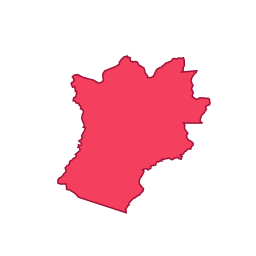 outline of Lagoa do Tocantins, Tocantins, Brazil, rotated 60°
{"feature_id": "56859067B37733524281013", "entity_name": "Lagoa do Tocantins", "entity_type": "district", "adm_level": 2, "iso_a3": "BRA", "parent_name": "Brazil", "parent_adm1": "Tocantins", "projection": "natural_earth1", "projection_center": [-47.496, -10.345], "detail": "fine", "context": "isolated", "style": "filled", "palette": "rose", "viewbox_px": 256, "rotation_deg": 60, "n_neighbors": 0, "source": "geoboundaries", "source_scale": "gbopen_adm2", "svg_char_len": 3494}
<svg xmlns="http://www.w3.org/2000/svg" viewBox="0 0 256 256"><g transform="rotate(60 128 128)"><path d="M200.5,171.9L198.4,171.0L197.2,170.7L196.3,168.9L195.3,167.3L195.3,165.7L193.6,165.1L193.2,163.7L192.5,161.7L191.7,158.7L192.0,156.2L191.4,154.2L191.9,152.0L190.6,148.7L190.4,146.9L188.2,144.8L186.9,145.5L185.3,145.5L184.0,145.8L182.3,145.9L180.5,145.5L178.9,144.1L177.5,142.9L177.0,141.1L175.8,139.0L174.7,137.4L173.5,135.8L171.6,136.4L171.7,134.0L172.8,132.0L174.3,131.7L174.2,130.2L174.3,128.4L172.7,127.5L172.7,125.7L173.4,124.2L173.9,122.7L172.8,121.5L171.6,119.6L172.7,118.3L172.7,116.4L173.5,115.2L171.8,114.4L173.2,113.0L173.3,110.8L174.0,109.7L174.3,108.3L175.5,106.8L177.1,106.3L177.7,104.6L177.3,102.7L177.9,101.4L178.4,99.6L180.1,99.1L181.6,97.6L180.6,96.7L179.9,95.4L178.6,96.1L177.4,96.1L178.1,94.7L177.9,92.5L176.8,91.0L176.9,88.9L176.2,86.9L176.6,85.6L177.6,84.3L176.3,82.8L175.6,81.8L175.5,80.4L174.5,79.5L172.8,79.3L171.0,80.2L169.4,81.0L168.3,81.8L166.8,81.8L165.5,81.7L163.8,81.3L162.7,78.9L160.8,79.0L158.8,79.3L157.6,79.4L156.1,79.0L153.7,77.3L151.4,77.5L161.0,60.9L159.1,62.1L157.7,61.9L156.4,60.8L154.7,58.9L153.5,57.2L153.0,54.5L152.0,52.9L151.0,50.6L149.8,50.7L148.3,50.0L148.1,47.8L148.7,46.0L148.0,44.8L146.0,44.0L143.7,43.1L142.1,43.9L141.3,45.8L139.5,47.8L139.0,49.1L137.7,50.5L137.7,53.3L137.1,54.9L134.9,55.7L132.8,56.6L131.2,55.4L130.4,53.9L128.2,53.4L126.8,54.0L124.8,52.1L123.6,50.3L122.1,50.6L120.8,50.1L119.3,50.1L118.1,49.4L116.7,48.0L115.7,46.3L115.2,45.0L114.4,43.8L114.0,41.2L112.8,39.8L111.7,42.1L106.5,53.4L105.9,51.8L105.0,50.8L103.7,50.4L101.9,47.8L100.9,47.2L99.4,46.6L97.9,45.6L96.0,45.1L94.9,44.9L94.1,47.3L92.7,49.1L92.3,52.0L91.2,52.7L90.5,54.1L90.8,55.5L91.6,56.7L91.6,58.5L91.1,60.0L91.1,61.3L90.7,63.1L91.5,65.8L91.5,67.4L92.2,68.6L91.6,70.5L91.5,73.1L92.3,75.0L94.1,77.5L95.0,78.6L96.0,80.8L95.8,82.7L95.1,84.2L93.8,85.9L92.3,84.9L90.2,85.4L88.8,85.5L86.5,84.9L85.2,84.4L84.0,84.3L82.9,84.9L80.6,85.9L79.3,87.1L77.0,87.0L75.6,87.0L74.5,87.8L73.7,89.3L72.4,91.6L71.0,92.2L69.7,92.1L68.7,90.9L67.2,91.7L66.7,93.0L65.4,92.5L65.0,93.9L64.4,95.7L65.4,99.8L66.2,101.3L66.7,102.7L68.5,103.5L68.6,107.9L66.9,119.7L68.5,122.6L69.5,123.4L71.0,124.0L73.8,125.2L74.8,126.2L75.1,127.8L74.9,129.5L74.1,131.3L71.6,132.6L69.2,134.0L67.5,135.8L65.6,137.8L64.3,139.0L63.1,140.2L62.1,141.4L60.8,142.0L59.2,143.4L57.9,143.9L56.9,144.7L56.1,145.9L55.5,147.4L55.5,149.2L56.0,150.7L58.2,150.4L60.5,151.6L60.5,153.2L60.7,154.7L62.8,155.4L65.0,155.6L65.4,153.4L67.5,154.3L69.0,154.7L70.1,155.4L70.5,154.1L72.1,154.8L73.4,156.4L75.0,157.4L74.6,159.7L76.0,161.2L77.1,161.9L78.4,160.1L79.6,160.5L80.8,160.1L82.0,158.5L84.0,158.8L85.5,158.1L86.6,158.6L87.5,159.5L90.1,157.9L92.0,158.6L92.9,159.7L93.5,160.8L95.2,162.2L96.5,163.3L98.1,163.6L100.5,164.0L103.0,164.2L104.5,165.1L105.0,166.4L106.7,164.9L107.6,165.8L108.8,167.5L109.9,169.4L110.7,170.8L111.5,172.0L112.8,172.5L114.0,172.6L114.6,174.7L114.6,177.0L115.9,176.6L117.2,176.2L118.4,176.1L119.4,176.9L119.1,178.2L117.7,179.3L119.0,179.8L119.7,181.0L120.6,180.0L122.5,180.2L123.6,181.2L124.0,183.8L124.6,186.9L126.6,186.6L127.4,188.4L126.9,190.1L127.8,192.6L127.7,195.0L130.3,197.4L130.2,199.6L131.1,202.4L134.7,203.1L135.7,206.7L137.0,209.4L137.1,211.3L137.1,213.5L138.7,215.3L140.9,216.2L143.2,214.0L143.8,212.5L144.6,211.2L145.5,209.6L147.8,210.6L150.6,211.8L152.6,209.4L154.3,208.6L156.9,207.1L160.2,205.9L162.7,205.7L164.7,204.1L200.5,171.9Z" fill="#f43f5e" stroke="#9f1239" stroke-width="1.5"/></g></svg>